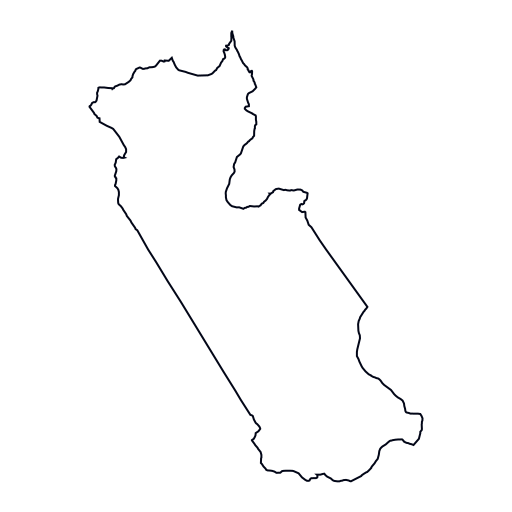 outline of Paraiso, Cartago, Costa Rica
{"feature_id": "36466004B34064705280782", "entity_name": "Paraiso", "entity_type": "district", "adm_level": 2, "iso_a3": "CRI", "parent_name": "Costa Rica", "parent_adm1": "Cartago", "projection": "orthographic", "projection_center": [-83.78, 9.73], "detail": "fine", "context": "isolated", "style": "outline", "palette": "ink", "viewbox_px": 512, "rotation_deg": 0, "n_neighbors": 0, "source": "geoboundaries", "source_scale": "gbopen_adm2", "svg_char_len": 5965}
<svg xmlns="http://www.w3.org/2000/svg" viewBox="0 0 512 512"><path d="M413.5,445.0L418.9,438.8L420.3,433.2L420.3,431.8L421.7,430.1L421.9,429.1L421.7,424.5L421.9,423.2L421.9,421.8L422.4,420.5L422.5,418.3L421.5,415.9L420.3,414.0L418.2,413.7L410.4,413.6L408.9,413.0L406.6,412.5L406.1,412.2L405.6,411.5L405.3,410.5L405.1,408.8L404.3,406.0L404.0,403.5L402.6,400.6L400.6,399.0L397.8,397.4L395.7,395.7L394.1,394.1L391.0,390.0L384.2,385.0L382.3,383.1L380.6,380.6L379.2,379.2L378.2,378.5L376.4,378.1L374.7,377.3L373.4,377.0L371.2,375.8L371.1,375.5L368.7,374.3L365.5,371.4L362.6,367.9L361.7,366.4L359.4,361.6L358.5,359.1L356.9,356.1L356.9,351.9L357.3,349.3L360.0,338.3L359.8,335.3L358.9,333.1L358.4,330.8L358.1,324.2L358.7,321.0L359.8,318.6L360.1,317.3L363.7,311.6L364.3,311.1L365.3,309.5L366.2,308.7L367.4,306.9L326.0,249.4L319.7,240.3L311.4,227.2L308.7,224.8L307.3,220.6L305.6,217.5L305.4,212.2L304.8,211.7L302.1,212.1L300.0,210.6L299.6,210.1L299.1,209.9L299.1,208.5L300.2,204.7L301.4,204.0L302.2,204.4L303.3,204.0L304.1,203.2L304.3,201.1L304.7,200.7L305.6,200.3L306.5,199.4L307.0,198.3L307.6,193.3L306.9,192.8L303.3,191.8L302.3,190.5L300.5,189.6L297.4,189.5L293.8,190.5L291.2,190.1L290.3,190.5L289.1,190.5L287.2,190.3L285.4,189.8L283.8,190.1L278.8,188.6L276.3,189.0L275.7,189.2L273.3,191.1L273.0,192.2L270.6,193.6L269.7,193.6L270.2,194.2L269.1,195.3L267.8,197.2L267.1,198.8L265.7,200.5L264.1,201.7L263.3,203.0L261.7,203.7L260.5,205.4L259.3,206.0L258.6,206.6L257.4,206.3L254.2,206.5L249.8,206.0L248.5,206.8L247.2,206.9L246.1,207.7L244.7,207.9L243.4,208.8L239.1,207.3L236.7,207.4L232.0,206.2L230.3,205.0L227.7,202.0L226.5,200.2L225.9,197.3L225.9,195.2L225.7,193.6L225.8,191.9L227.0,188.3L229.2,183.9L229.8,179.4L230.5,177.4L231.7,175.4L233.9,173.0L234.6,171.6L234.5,169.5L233.6,167.0L234.1,164.1L234.7,163.0L235.1,162.6L236.9,157.0L240.2,154.3L240.9,153.4L243.3,146.4L244.8,144.7L245.3,144.5L246.9,143.2L248.2,141.6L249.1,141.2L249.5,140.5L250.9,139.3L252.3,138.4L253.0,137.0L254.1,135.8L254.2,131.1L254.6,128.8L254.9,128.4L254.9,126.2L255.2,125.2L256.3,124.4L256.3,121.9L255.9,119.7L255.9,116.4L255.6,115.4L252.5,113.8L252.4,113.5L248.0,111.4L246.4,110.4L244.8,108.8L244.8,108.0L245.7,106.7L248.9,106.2L248.9,104.3L248.1,102.6L246.9,98.9L246.9,97.2L247.8,94.4L248.2,93.7L249.1,93.0L252.6,91.3L255.3,88.6L256.3,87.3L255.2,84.3L254.8,83.8L254.7,82.8L254.1,81.5L253.5,80.8L253.4,79.4L251.6,75.8L252.0,74.2L252.1,71.3L251.9,70.9L251.4,70.9L250.6,71.4L250.6,71.7L250.0,72.4L249.4,72.2L248.9,71.3L248.7,71.1L248.5,70.3L247.7,69.5L247.7,68.4L247.1,67.3L244.9,65.3L244.2,64.2L243.1,63.1L241.8,60.5L241.0,59.2L240.1,57.0L239.7,56.6L238.9,54.1L237.7,51.5L237.2,50.8L237.0,50.1L235.3,47.4L234.7,45.7L234.6,41.3L233.3,37.5L233.3,36.4L232.3,33.1L232.2,30.7L231.3,33.0L231.3,36.6L231.4,37.1L231.3,40.8L229.1,43.8L229.0,44.6L228.8,45.0L227.6,45.5L226.1,45.7L226.1,46.4L227.5,47.6L228.7,48.1L228.7,48.7L228.0,49.7L227.3,50.2L225.5,50.2L224.9,49.3L224.3,49.3L223.7,50.0L223.6,51.4L224.2,52.7L224.8,54.5L225.2,56.9L225.1,57.7L224.0,58.8L223.1,59.1L222.4,61.0L221.1,62.6L219.6,66.0L217.2,68.0L216.1,70.1L215.1,70.6L212.4,73.4L211.4,74.0L207.9,75.3L197.7,75.6L187.9,72.8L185.6,71.9L179.2,70.3L178.3,69.8L176.2,67.4L174.8,64.8L173.5,61.7L172.8,60.8L171.8,57.8L168.7,60.8L164.7,60.5L164.6,61.4L163.8,61.6L161.5,60.7L159.9,60.7L156.2,65.4L155.2,66.4L154.2,66.8L152.1,67.2L149.4,67.3L147.3,68.3L145.5,68.4L143.8,68.9L142.8,68.9L140.3,67.6L139.6,67.5L136.3,69.0L135.8,69.4L135.2,71.0L134.6,71.6L133.2,74.0L132.5,76.1L132.4,77.4L131.2,78.8L130.5,80.3L128.7,81.9L125.0,84.3L123.1,84.5L121.6,84.2L119.4,84.6L117.3,85.7L115.2,86.4L114.4,87.2L113.9,88.2L112.6,88.6L112.3,88.9L112.0,88.2L108.2,88.0L104.4,87.5L99.3,87.4L98.4,87.8L98.3,89.2L97.7,91.5L97.1,92.7L97.1,94.1L97.5,95.7L96.5,100.6L95.8,101.6L95.1,102.2L93.5,102.2L92.0,103.1L91.3,104.7L90.5,105.7L89.7,106.1L89.5,106.8L94.0,112.9L94.4,114.0L96.6,115.9L97.4,117.6L98.2,118.0L99.5,118.3L99.7,121.9L106.8,125.8L111.5,127.9L113.2,128.9L119.3,136.8L123.8,145.1L125.2,147.1L126.1,149.2L126.1,152.0L124.3,154.9L123.9,156.1L124.1,157.4L124.5,157.6L123.3,157.9L121.5,157.8L120.8,157.6L119.1,156.5L117.9,157.9L116.2,159.2L115.7,162.6L114.7,164.9L114.9,166.3L116.0,168.0L116.4,169.1L116.3,171.1L114.8,175.7L114.9,176.7L115.7,177.3L115.8,178.0L116.3,178.4L116.3,180.4L115.6,183.9L115.0,185.1L115.0,186.0L117.3,188.1L118.3,189.7L118.9,192.0L118.9,195.2L118.1,198.5L118.0,199.7L118.2,203.0L118.7,204.2L120.9,206.2L122.7,208.6L123.1,209.6L126.2,214.2L126.8,215.9L130.5,220.6L131.4,222.5L135.1,227.8L135.6,229.1L137.3,230.3L148.1,249.5L156.3,262.4L167.5,280.9L181.0,302.1L223.6,371.9L235.4,390.8L240.8,399.9L250.4,414.9L251.8,415.3L252.8,416.0L253.9,419.5L255.6,422.7L256.1,423.3L257.3,424.2L259.4,426.6L260.2,428.4L260.2,428.9L258.4,431.3L255.7,433.1L255.5,435.3L255.0,436.6L253.8,438.8L251.9,440.1L251.9,440.4L254.5,443.9L255.3,445.2L257.6,447.8L257.9,448.6L260.6,452.0L261.4,454.9L261.4,457.6L261.1,458.2L260.9,463.0L261.9,464.0L263.5,466.5L265.6,468.7L266.2,469.8L267.5,470.4L270.4,470.6L272.3,470.9L274.5,471.6L276.4,472.8L280.3,472.7L282.1,471.1L284.0,470.8L287.8,470.7L292.2,470.8L293.6,471.1L298.6,473.3L302.0,477.4L305.3,479.9L307.0,480.8L308.7,480.8L309.5,480.5L310.4,478.8L311.3,478.2L316.1,478.1L317.2,477.5L317.4,477.1L317.4,475.4L317.6,475.2L317.0,474.7L320.2,474.7L322.6,474.0L324.3,473.7L325.4,475.1L327.1,476.6L330.9,478.5L332.7,480.2L334.2,480.9L337.1,481.3L339.5,481.3L340.9,480.8L342.1,480.7L343.6,480.1L346.0,479.9L348.8,480.5L349.6,481.0L350.9,481.3L361.3,476.0L361.7,475.3L363.7,473.9L366.1,472.4L367.2,472.0L368.7,470.6L371.2,468.0L371.2,467.6L372.1,466.2L374.5,463.4L375.9,461.1L377.7,458.9L378.8,454.8L379.3,451.1L380.2,448.8L381.1,447.7L382.4,446.5L385.8,444.4L388.1,442.3L389.7,441.0L390.7,440.6L391.5,440.6L392.5,440.2L395.5,439.7L397.8,439.5L401.9,439.4L402.3,439.5L402.8,440.0L404.1,441.7L404.5,441.7L405.0,442.2L406.7,442.9L408.2,443.1L409.7,443.8L411.5,444.2L413.5,445.0Z" fill="none" stroke="#020617" stroke-width="2"/></svg>